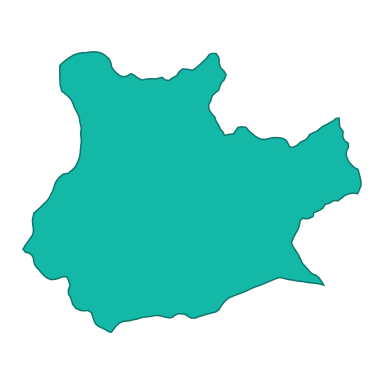 Curral de Dentro, Minas Gerais, Brazil (Robinson projection)
{"feature_id": "56859067B33265035190159", "entity_name": "Curral de Dentro", "entity_type": "district", "adm_level": 2, "iso_a3": "BRA", "parent_name": "Brazil", "parent_adm1": "Minas Gerais", "projection": "robinson", "projection_center": [-41.753, -15.857], "detail": "fine", "context": "isolated", "style": "filled", "palette": "teal", "viewbox_px": 384, "rotation_deg": 0, "n_neighbors": 0, "source": "geoboundaries", "source_scale": "gbopen_adm2", "svg_char_len": 3552}
<svg xmlns="http://www.w3.org/2000/svg" viewBox="0 0 384 384"><path d="M246.0,127.3L240.8,126.8L237.8,127.5L235.4,131.1L233.4,133.9L229.0,134.4L224.6,135.4L222.8,131.9L220.5,129.3L218.6,125.2L215.8,120.6L214.7,116.8L211.8,113.8L209.1,109.7L208.6,105.0L210.6,101.1L212.3,95.7L215.6,92.6L218.6,90.3L219.9,86.3L221.5,82.7L224.2,79.8L226.1,74.8L223.8,70.8L220.5,67.7L219.1,63.0L219.0,57.8L216.1,53.6L212.2,53.4L209.1,54.7L207.0,57.8L204.5,60.3L201.5,63.1L199.1,65.4L195.7,68.2L192.2,70.4L188.4,69.4L182.6,69.0L179.2,71.6L176.8,75.6L172.1,78.1L169.0,80.5L165.4,80.0L162.0,77.4L158.4,78.3L154.7,79.0L150.6,78.7L146.4,79.1L142.2,80.1L138.3,78.3L134.3,75.4L131.3,73.7L128.3,75.2L125.6,76.6L122.4,76.6L119.4,75.4L117.0,73.4L114.0,70.7L111.6,66.9L110.8,62.5L109.1,59.0L106.8,56.9L103.7,54.4L100.2,52.7L97.0,52.1L93.9,51.8L90.2,52.0L86.1,52.7L82.9,52.7L78.2,53.4L74.0,54.9L71.1,56.5L67.7,58.8L63.6,61.9L59.8,65.5L59.8,69.8L59.8,74.5L59.9,78.5L60.1,84.8L61.7,91.0L66.3,94.6L70.6,98.8L72.8,103.0L74.2,106.8L76.4,111.2L77.9,114.1L79.3,117.5L80.0,122.4L81.3,128.2L80.6,133.9L81.2,138.5L81.3,142.1L80.8,145.5L80.5,149.4L80.2,153.0L79.6,156.7L78.5,160.3L77.1,163.2L75.2,167.0L71.7,170.4L67.9,173.4L63.3,174.1L58.7,177.8L55.5,182.5L54.0,187.3L52.5,191.4L50.5,195.3L48.4,199.1L46.2,201.7L43.4,204.3L40.3,207.5L37.0,210.4L34.1,212.8L33.2,216.2L32.4,220.1L32.7,224.2L33.5,230.2L32.9,234.4L31.1,237.1L28.6,240.7L25.6,244.8L23.0,249.1L25.4,252.2L28.8,253.0L31.6,254.9L33.2,257.6L33.8,261.1L34.7,264.7L36.8,267.6L39.4,270.3L41.9,273.4L44.7,276.2L47.9,278.5L51.5,279.6L55.8,279.2L59.2,278.1L62.5,276.7L66.8,276.7L68.8,281.2L70.0,285.4L68.3,290.1L68.5,293.9L70.5,297.4L71.7,300.8L72.6,304.1L75.8,308.3L80.6,310.5L84.4,310.8L88.2,310.5L91.5,312.8L92.8,316.8L94.0,320.2L95.3,323.5L97.7,325.7L100.3,327.3L104.1,328.8L108.3,331.5L111.3,332.2L113.5,329.5L116.2,325.7L119.3,323.2L122.9,321.5L130.1,320.6L133.7,319.7L137.4,319.0L140.8,317.7L143.8,317.2L147.4,316.8L151.3,316.3L154.4,315.6L157.3,315.5L160.3,315.8L164.6,317.0L169.4,317.9L172.2,317.3L174.6,315.5L178.2,313.6L181.6,313.9L184.7,314.2L187.4,315.9L191.3,318.1L195.7,318.0L198.7,316.6L201.8,315.8L204.8,314.8L207.9,313.9L211.5,313.0L215.9,311.9L219.1,309.5L221.2,305.9L223.7,302.6L226.7,299.5L229.9,297.4L233.8,295.8L238.3,294.1L242.9,292.4L246.9,290.7L249.8,289.2L253.5,287.6L256.4,286.5L259.2,285.6L262.1,284.4L266.0,282.8L271.4,280.5L275.2,278.9L279.8,277.4L284.1,278.4L287.6,279.4L292.5,280.1L296.5,280.8L299.5,281.3L303.6,281.6L307.9,282.5L311.2,282.8L314.2,283.2L318.5,283.7L323.7,285.1L321.5,281.3L318.8,277.6L315.7,275.2L312.1,273.8L309.4,271.2L306.0,267.3L302.3,263.2L300.7,259.4L298.7,255.3L295.5,250.3L292.9,246.4L291.5,242.8L293.3,238.0L295.5,233.7L297.4,230.4L299.2,226.1L300.2,220.6L303.1,218.0L306.0,218.9L309.7,218.2L313.1,216.4L313.8,212.6L316.8,211.5L320.1,210.0L323.0,207.9L325.1,204.4L329.1,203.3L333.9,200.6L338.0,200.8L342.1,197.7L344.5,195.7L347.7,194.1L353.1,193.0L357.6,193.7L359.3,189.9L361.0,185.7L361.0,181.6L360.2,177.9L359.3,174.2L358.0,169.4L354.4,167.6L351.5,164.8L349.2,162.2L347.5,159.0L346.1,154.9L346.6,150.7L348.5,147.3L348.2,143.1L344.5,140.6L342.7,136.6L343.1,131.5L339.6,126.8L339.3,121.5L339.0,118.0L336.0,118.4L333.2,120.9L329.3,123.0L326.3,124.7L322.8,126.4L319.6,128.9L316.7,131.3L313.6,132.6L309.6,134.6L307.5,138.0L305.0,140.2L301.1,141.8L297.0,145.3L293.0,147.4L289.6,146.9L288.0,143.4L286.2,140.4L283.6,138.7L279.5,137.7L274.0,137.6L269.2,138.4L264.6,139.5L260.0,138.9L255.4,136.4L252.3,133.7L249.1,131.1L246.0,127.3Z" fill="#14b8a6" stroke="#0f766e" stroke-width="1.5"/></svg>